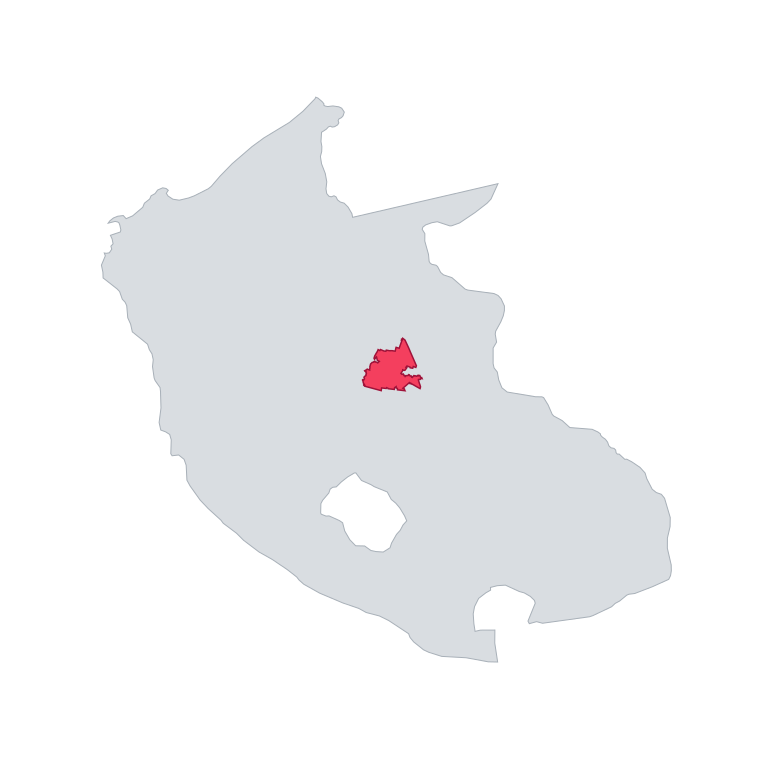 Frances Baard, Northern Cape, South Africa (highlighted), rotated 79°
{"feature_id": "47623444B47551800403987", "entity_name": "Frances Baard", "entity_type": "district", "adm_level": 2, "iso_a3": "ZAF", "parent_name": "South Africa", "parent_adm1": "Northern Cape", "projection": "orthographic", "projection_center": [24.486, -28.328], "detail": "fine", "context": "in_parent", "style": "filled", "palette": "rose", "viewbox_px": 768, "rotation_deg": 79, "n_neighbors": 0, "source": "geoboundaries", "source_scale": "gbopen_adm2", "svg_char_len": 7918}
<svg xmlns="http://www.w3.org/2000/svg" viewBox="0 0 768 768"><g transform="rotate(79 384 384)"><path d="M549.7,130.4L569.7,128.5L578.6,130.4L589.3,135.2L599.3,137.2L616.4,136.6L622.2,137.6L626.8,139.3L630.1,141.8L634.2,159.2L637.5,177.8L637.1,183.7L637.6,186.0L642.0,194.1L643.5,199.0L646.1,203.1L651.2,223.1L651.7,226.6L649.1,274.0L646.4,279.6L647.0,287.1L644.2,287.9L628.1,277.4L625.2,277.6L620.4,280.9L615.8,286.2L613.5,290.8L604.6,303.2L603.6,311.3L604.0,318.3L606.7,318.7L608.4,323.8L612.5,332.0L619.8,337.6L626.7,340.3L636.4,341.5L644.2,341.8L644.0,336.4L646.7,322.1L659.4,324.7L678.6,325.5L676.6,334.7L668.4,355.6L662.4,379.3L656.0,391.1L652.5,395.9L642.8,404.1L637.8,406.8L633.8,407.5L617.1,424.5L610.8,432.8L604.9,445.1L599.4,451.7L591.2,466.0L577.0,487.1L565.3,500.9L560.2,504.8L556.8,506.5L547.7,514.4L534.9,527.2L525.1,538.7L510.7,551.6L502.4,557.2L490.0,568.4L486.6,570.0L472.8,580.3L462.9,586.6L447.1,593.8L440.8,595.8L426.0,593.7L419.8,594.6L414.5,599.1L414.0,605.7L411.8,606.6L398.2,603.5L392.6,604.0L389.3,607.5L386.6,611.9L378.9,612.1L365.0,607.5L348.6,604.8L344.8,604.5L337.0,608.0L334.2,608.5L322.7,607.9L316.2,605.9L310.1,606.0L305.5,607.8L299.8,608.5L284.8,621.1L276.9,621.3L270.1,622.9L258.0,621.6L254.4,622.5L250.9,624.7L242.8,625.9L239.7,627.9L226.3,639.5L220.6,638.6L213.4,638.7L205.0,633.1L202.0,633.6L202.7,631.8L202.8,628.6L199.7,625.5L196.6,625.8L194.7,623.2L189.8,623.2L185.8,624.2L184.5,613.9L182.6,612.9L177.6,613.0L175.3,613.4L174.2,614.4L173.1,616.9L173.5,624.1L171.6,622.1L169.4,617.9L168.5,613.3L168.9,607.8L172.5,605.6L171.0,598.7L164.5,587.1L160.8,584.7L157.7,578.7L154.8,576.7L153.4,572.4L150.4,569.2L149.2,563.8L150.5,560.6L152.7,558.8L155.3,561.3L158.3,560.1L162.3,556.0L164.5,549.9L164.1,540.4L163.1,534.4L158.8,519.2L157.0,515.8L148.6,505.2L138.7,490.9L125.8,468.3L119.4,454.7L109.2,427.0L100.8,411.5L90.7,397.1L89.4,396.3L90.7,394.3L95.4,390.6L97.6,389.5L98.8,389.9L99.9,388.8L100.9,386.4L101.3,381.1L103.3,375.4L105.2,372.9L109.5,371.1L112.9,373.0L114.4,374.9L115.2,377.6L116.7,378.8L119.0,378.5L120.8,380.1L122.0,383.4L121.9,385.9L120.7,387.5L121.0,389.5L122.8,391.9L125.0,397.3L134.0,399.6L139.1,399.7L143.9,400.8L148.5,403.0L155.9,403.3L166.1,401.5L174.6,401.6L181.3,403.7L186.1,403.9L189.1,402.3L190.2,400.1L189.7,397.2L191.1,395.4L194.4,394.5L197.0,392.2L198.9,388.6L203.5,385.5L210.7,383.0L214.4,383.0L209.1,233.9L222.9,243.7L226.2,248.3L233.1,262.0L240.3,279.0L241.6,287.3L241.4,289.1L234.9,300.7L234.8,306.2L235.8,312.8L237.5,316.0L239.5,317.0L244.2,315.2L251.5,316.7L265.3,315.6L272.3,316.3L274.0,315.7L275.6,314.3L277.3,310.3L278.9,309.0L285.3,307.1L288.2,304.8L292.6,297.0L306.3,286.3L307.8,283.8L316.2,258.8L318.8,255.2L322.7,252.8L330.4,250.9L334.9,251.8L339.8,253.9L345.3,257.5L353.5,264.3L356.3,265.3L364.4,265.5L369.5,270.0L384.8,273.0L389.2,272.9L393.9,270.5L401.8,270.6L410.2,269.0L415.4,264.6L425.5,237.5L426.7,231.5L427.8,229.9L435.9,226.9L445.8,224.7L447.8,223.5L454.0,216.0L462.2,209.9L468.2,188.3L471.9,183.2L474.2,181.1L475.7,181.1L477.8,179.8L480.5,177.2L483.8,175.6L487.5,175.1L489.9,173.4L491.1,170.5L493.0,169.2L495.7,169.3L497.3,168.4L497.7,166.5L503.9,162.0L504.1,160.1L507.7,155.6L514.7,148.6L521.2,144.7L527.2,144.1L538.5,140.8L542.5,137.4L545.2,132.8L549.7,130.4ZM520.8,450.6L530.3,447.3L537.4,442.7L539.3,433.9L544.9,428.7L547.0,423.7L548.8,416.8L545.9,409.3L541.7,407.0L534.0,400.4L530.7,396.0L526.0,392.2L522.7,387.8L517.2,389.0L508.6,392.2L503.2,395.2L498.7,398.9L490.6,401.4L482.9,413.2L480.4,415.9L474.4,424.5L465.9,428.6L465.7,430.2L468.3,437.4L472.0,444.6L475.9,450.5L475.6,454.1L476.9,456.9L480.5,459.0L486.4,466.4L489.4,468.8L498.6,470.8L499.9,470.4L502.6,466.1L503.0,463.1L509.5,453.9L512.3,451.1L520.8,450.6Z" fill="#d9dde1" stroke="#a8b0b8" stroke-width="1"/><path d="M372.3,348.7L361.6,351.1L357.6,352.0L356.1,352.3L353.3,352.9L344.9,355.0L342.7,356.9L343.3,357.2L343.0,357.3L343.3,358.1L343.5,358.0L344.4,358.6L344.7,358.1L351.8,362.3L350.3,365.1L351.4,365.7L352.7,366.2L353.9,366.8L352.8,369.8L352.4,372.2L351.2,375.3L352.2,375.9L351.7,377.4L351.7,377.6L349.5,380.9L350.4,381.7L349.1,383.2L350.2,383.9L351.1,384.6L352.6,386.0L353.5,386.7L354.6,387.7L356.8,388.9L357.9,388.6L357.6,388.1L356.4,386.9L356.0,386.2L359.5,386.0L360.0,385.3L360.9,384.3L362.0,386.0L361.8,386.2L361.7,386.4L361.8,386.5L361.7,386.6L361.5,386.8L361.3,386.9L361.2,387.0L361.0,387.6L360.9,387.7L360.8,387.8L360.7,388.1L360.8,388.4L360.8,388.5L360.6,388.6L360.0,388.7L359.9,388.7L359.9,388.8L360.0,389.0L360.1,389.6L360.2,389.8L360.5,390.1L360.6,390.3L360.5,390.5L360.6,390.9L360.6,391.6L361.4,392.7L361.7,393.3L362.1,393.5L362.7,393.8L362.9,393.8L363.5,394.2L363.7,394.3L364.4,394.6L364.6,394.5L365.6,394.8L365.9,394.9L367.1,395.4L367.3,395.5L367.5,395.5L367.0,396.4L366.2,397.5L366.3,398.0L366.6,398.3L367.0,399.5L367.2,400.2L367.3,400.1L367.5,400.1L367.6,400.3L367.8,400.3L367.9,400.2L368.0,399.8L368.0,399.6L368.1,399.4L368.3,399.5L368.6,399.5L368.6,399.4L368.8,399.2L369.0,399.2L369.3,399.5L369.6,399.5L369.9,399.3L370.1,399.4L370.4,399.3L370.6,399.5L370.9,399.6L371.1,399.6L371.5,400.0L371.7,399.9L371.8,399.9L372.2,400.1L372.3,400.3L372.5,400.4L372.5,400.5L372.5,400.9L372.8,401.4L373.0,401.6L373.2,402.0L373.3,402.2L373.7,402.4L373.9,402.4L374.0,402.4L374.3,402.2L374.5,402.2L374.9,402.2L375.2,402.2L375.3,402.2L375.4,402.3L375.5,402.6L375.7,402.8L375.9,402.9L376.1,403.0L376.1,403.4L376.1,403.6L375.8,403.9L375.7,404.1L375.8,404.2L375.9,404.3L376.1,404.3L376.4,404.3L376.9,404.0L377.0,404.0L377.4,404.1L377.6,404.1L377.9,404.1L378.2,404.0L378.3,404.0L378.5,404.1L378.8,404.1L379.0,404.0L379.4,404.0L379.8,403.8L380.0,403.8L380.7,404.0L380.7,403.9L380.6,403.5L380.7,403.3L380.8,403.3L381.0,403.4L381.2,403.5L381.2,403.9L381.2,404.1L381.3,404.1L381.4,403.9L381.6,403.9L381.7,403.7L381.8,403.4L381.9,403.5L382.0,403.6L382.4,403.3L382.5,403.3L390.0,388.0L387.4,387.1L388.8,382.7L388.1,382.1L389.0,380.9L389.3,380.5L389.5,380.6L391.3,374.9L389.6,374.3L388.9,372.6L390.2,372.8L390.9,371.7L392.3,371.9L394.6,364.7L394.3,364.8L394.0,364.8L393.6,365.0L393.1,364.9L392.8,364.9L392.6,365.0L392.4,365.4L392.1,365.9L391.9,366.2L391.8,366.3L387.5,358.9L387.7,358.7L388.1,358.6L388.3,358.7L388.5,358.6L388.5,358.4L388.6,358.5L388.5,358.4L388.5,358.2L388.7,357.9L388.1,358.0L392.5,352.9L395.4,349.5L394.9,349.2L393.7,348.7L392.7,348.8L391.6,348.9L390.9,349.0L389.6,349.2L388.4,349.3L386.5,349.5L386.3,349.4L386.4,349.2L386.2,348.9L386.3,348.8L386.3,348.7L386.2,348.5L386.3,348.4L386.3,348.0L386.4,347.7L386.3,347.3L386.0,347.2L385.8,346.7L385.8,346.3L385.8,346.1L385.8,345.8L385.9,345.6L384.9,345.8L385.1,346.7L382.6,347.2L382.6,347.3L382.6,347.5L382.4,347.7L382.4,347.9L382.2,348.0L382.3,348.4L382.4,348.5L382.2,348.6L381.9,348.9L382.0,349.2L382.2,349.6L382.4,349.8L382.6,350.0L382.6,350.9L382.2,351.1L381.8,352.0L382.0,352.3L381.9,352.8L381.8,353.0L381.5,352.9L381.4,353.1L382.8,354.7L382.5,354.8L382.4,355.0L382.5,355.1L382.7,355.4L382.7,355.5L382.3,355.6L382.2,355.5L381.8,355.5L381.6,355.7L381.4,355.7L381.3,355.8L381.3,356.1L381.2,356.1L381.2,356.3L381.1,356.5L381.0,356.8L380.9,357.0L380.4,357.2L380.4,357.3L380.4,357.5L380.2,357.7L380.1,357.8L379.9,357.8L379.7,357.6L379.5,357.9L379.6,358.0L379.9,358.2L379.9,358.4L380.0,358.5L380.2,358.8L380.3,358.9L380.3,359.0L380.2,359.1L380.2,359.3L380.1,359.5L380.1,360.1L380.2,360.3L380.1,360.5L380.0,360.8L380.1,361.0L380.2,361.3L380.3,361.4L380.2,361.5L380.3,361.6L380.2,361.6L380.0,361.8L379.9,361.9L379.9,362.0L379.7,362.0L379.6,362.3L379.8,362.5L379.7,362.7L379.5,362.8L379.4,362.8L379.2,362.8L378.9,362.9L379.0,362.8L378.9,362.8L378.7,362.8L378.5,363.0L378.1,363.1L377.9,363.1L377.8,363.3L377.7,363.4L377.9,364.0L378.0,364.4L378.0,364.5L377.8,364.7L377.6,364.8L376.9,365.4L374.4,363.1L373.7,362.9L374.2,362.2L374.5,361.5L374.5,360.8L372.4,358.5L371.8,359.3L370.7,358.0L372.4,355.2L373.1,355.2L374.0,352.8L372.4,351.9L373.8,349.6L372.3,348.7Z" fill="#f43f5e" stroke="#9f1239" stroke-width="1.5"/></g></svg>